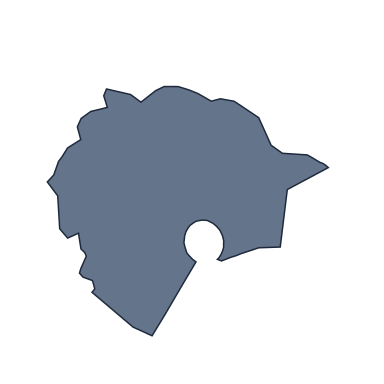 Ghabou, Guidimaka, Mauritania, rotated 162°
{"feature_id": "47542326B82257373833544", "entity_name": "Ghabou", "entity_type": "district", "adm_level": 2, "iso_a3": "MRT", "parent_name": "Mauritania", "parent_adm1": "Guidimaka", "projection": "natural_earth1", "projection_center": [-12.146, 15.031], "detail": "fine", "context": "isolated", "style": "filled", "palette": "slate", "viewbox_px": 384, "rotation_deg": 162, "n_neighbors": 0, "source": "geoboundaries", "source_scale": "gbopen_adm2", "svg_char_len": 1226}
<svg xmlns="http://www.w3.org/2000/svg" viewBox="0 0 384 384"><g transform="rotate(162 192 192)"><path d="M274.4,67.6L255.2,84.1L231.3,105.4L209.8,124.3L212.2,127.7L214.5,132.5L215.7,135.5L215.7,142.1L215.3,146.5L214.1,149.0L212.4,152.8L210.1,156.0L207.3,158.6L204.4,160.8L200.5,162.1L197.2,162.9L194.2,162.6L190.9,162.1L186.2,160.2L181.7,155.7L179.4,152.0L178.0,148.8L177.2,146.7L176.5,140.6L177.0,135.1L177.6,134.1L179.1,129.4L181.4,126.2L183.5,123.8L186.3,121.4L188.7,120.1L185.2,117.3L175.6,117.9L169.7,117.8L164.3,118.2L145.7,118.3L125.1,112.4L100.6,164.9L54.8,173.1L56.6,176.1L58.7,178.7L61.3,180.8L63.3,183.1L66.0,186.2L67.9,188.4L71.0,191.7L94.1,200.9L102.3,212.0L105.6,242.1L123.9,265.3L136.2,271.9L145.6,272.4L156.0,283.9L163.6,290.2L172.5,296.5L185.8,300.9L188.9,300.5L195.4,299.6L203.2,296.7L212.8,293.2L220.3,303.7L241.5,316.4L246.2,310.8L246.3,303.7L246.4,298.6L263.3,299.9L274.6,296.3L280.9,289.4L281.6,276.2L296.7,272.4L304.9,265.5L309.5,262.3L318.2,250.9L326.5,246.3L320.9,229.8L329.2,197.9L324.5,186.6L312.7,187.9L315.2,172.1L312.8,167.7L312.3,163.7L321.5,153.4L324.1,149.6L322.0,144.7L314.0,138.5L314.4,129.9L318.1,127.5L289.8,81.7L274.4,67.6Z" fill="#64748b" stroke="#1e293b" stroke-width="1.5"/></g></svg>